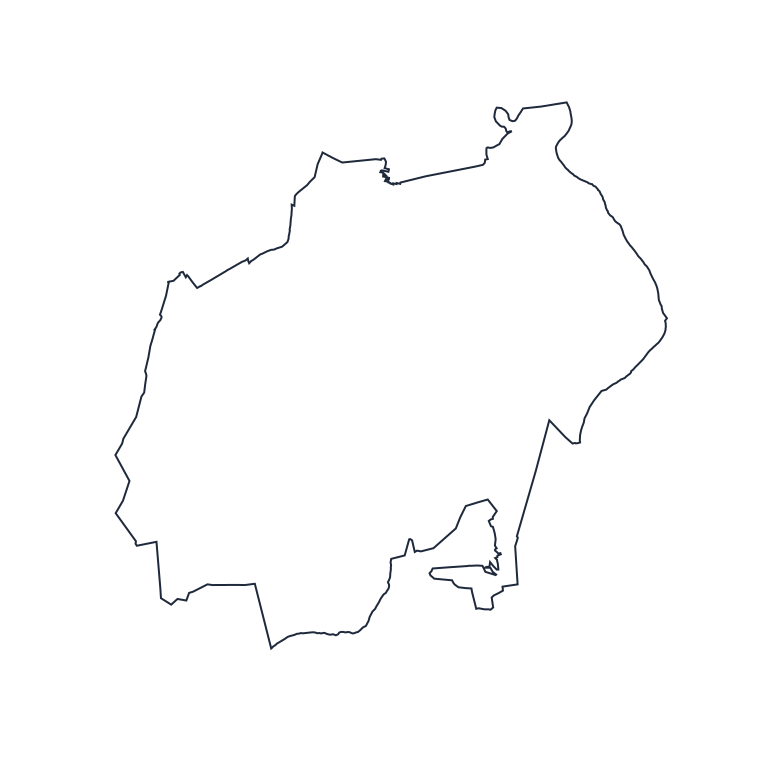 San Fernando, Chiapas, Mexico (Mercator projection), rotated 77°
{"feature_id": "50627088B48755105590570", "entity_name": "San Fernando", "entity_type": "district", "adm_level": 2, "iso_a3": "MEX", "parent_name": "Mexico", "parent_adm1": "Chiapas", "projection": "mercator", "projection_center": [-93.215, 16.914], "detail": "fine", "context": "isolated", "style": "outline", "palette": "slate", "viewbox_px": 768, "rotation_deg": 77, "n_neighbors": 0, "source": "geoboundaries", "source_scale": "gbopen_adm2", "svg_char_len": 6134}
<svg xmlns="http://www.w3.org/2000/svg" viewBox="0 0 768 768"><g transform="rotate(77 384 384)"><path d="M616.3,553.4L615.7,552.2L615.0,551.3L613.8,548.2L612.9,546.8L610.1,538.1L608.8,534.9L608.5,533.0L608.3,527.6L607.8,525.0L608.1,523.5L608.0,520.9L608.7,519.1L609.8,509.6L610.6,507.0L611.8,505.2L612.1,503.0L612.9,501.4L612.9,499.0L613.2,497.8L614.6,496.0L615.7,494.0L616.3,492.3L616.3,490.1L618.0,487.4L617.5,484.9L616.2,483.7L615.9,481.8L616.4,479.5L617.4,477.3L617.5,475.2L617.9,473.7L620.0,470.7L620.1,469.0L619.8,467.3L619.7,464.9L618.4,462.4L616.4,459.2L615.7,456.1L611.3,452.3L607.8,450.4L603.1,446.4L601.1,443.2L598.9,441.4L595.5,438.0L592.6,435.7L589.0,431.8L587.9,429.1L586.3,427.7L584.5,425.7L582.2,424.5L580.3,424.2L579.1,424.6L577.9,424.7L576.3,423.3L574.1,421.8L572.3,421.1L570.6,420.7L565.9,418.9L564.7,418.8L562.4,417.9L559.2,417.7L556.0,416.3L555.7,402.4L541.0,394.4L541.0,393.3L542.7,391.8L554.6,391.8L553.8,389.3L555.4,385.7L555.1,372.7L540.9,346.5L531.2,339.8L521.3,331.7L520.4,318.6L519.9,308.9L533.2,302.7L538.0,307.9L539.9,308.3L540.0,310.5L541.0,312.7L546.6,311.8L547.7,310.0L554.2,309.7L560.3,310.1L566.4,312.3L569.4,311.2L569.8,312.5L570.2,312.7L570.8,313.3L571.2,313.3L573.6,311.5L574.6,311.0L575.1,310.1L574.9,308.7L575.0,308.6L575.5,308.7L576.2,308.5L576.8,312.1L578.2,312.5L578.6,314.8L580.8,313.4L582.1,313.6L584.5,313.5L590.5,314.3L590.2,315.9L586.3,318.3L581.4,320.7L585.3,322.2L585.8,323.1L585.3,324.8L585.6,327.2L587.0,321.7L591.6,320.3L594.9,317.6L595.3,318.2L589.8,327.5L586.3,328.2L583.3,329.0L581.8,334.1L580.7,340.2L580.2,341.9L580.2,343.3L577.3,361.3L574.7,378.1L577.1,379.9L578.6,382.2L580.9,381.8L585.0,378.8L590.6,361.8L593.5,361.1L595.3,360.2L598.8,357.2L601.3,350.2L602.9,344.8L606.5,345.0L623.8,344.7L623.8,342.2L626.2,336.7L627.0,333.0L627.9,331.0L626.3,327.9L616.2,327.1L614.6,324.2L613.6,319.7L612.1,314.6L608.1,314.1L609.3,298.9L571.6,292.7L565.2,288.9L563.7,288.2L562.3,288.8L503.1,255.8L456.5,231.1L476.5,219.3L484.4,213.7L484.4,211.2L485.0,210.5L485.2,208.9L485.1,206.1L482.9,205.9L477.8,204.4L472.9,202.1L469.9,200.3L466.5,198.0L462.5,196.3L458.5,192.8L452.7,188.8L447.1,182.9L439.7,173.6L439.5,168.7L438.3,166.5L436.1,161.5L435.7,160.2L435.3,157.9L434.9,156.7L434.0,154.9L433.7,153.8L432.9,152.2L432.4,148.5L432.3,148.0L431.1,146.1L429.2,141.8L428.2,140.7L427.1,140.3L426.8,139.7L426.1,138.1L423.9,135.1L422.8,133.2L418.2,126.0L412.6,119.5L410.8,116.9L410.2,115.6L408.3,112.5L407.6,111.0L406.8,109.8L405.7,107.6L404.6,106.1L401.1,102.2L397.9,99.4L395.0,97.7L391.5,96.5L388.4,95.9L385.6,95.9L383.6,93.5L377.5,96.1L373.4,96.3L370.4,96.0L368.7,96.6L363.8,97.3L357.6,96.4L352.5,96.2L348.9,96.5L347.7,96.8L346.5,96.9L341.6,98.3L336.3,99.5L332.9,99.9L328.7,101.4L327.6,102.0L326.5,102.9L325.4,103.3L323.2,104.0L321.7,104.8L321.0,105.0L318.8,106.1L318.2,106.6L316.4,107.6L314.6,108.2L310.9,109.7L305.5,112.3L304.9,112.8L299.7,115.0L296.7,115.9L292.5,116.9L288.3,117.1L283.2,117.8L282.4,118.2L281.4,118.6L279.9,120.1L277.5,122.1L275.0,123.0L273.4,123.4L272.4,123.9L271.4,125.0L270.2,125.9L267.6,127.1L265.7,127.1L264.8,127.6L262.3,128.1L261.0,128.1L260.1,127.9L258.6,128.1L256.2,128.1L255.1,128.4L254.5,128.7L253.1,129.0L251.8,128.9L250.2,129.1L247.7,130.1L244.8,130.6L243.6,131.3L243.2,131.8L242.2,131.9L241.1,132.6L240.1,133.0L239.0,133.8L238.2,135.0L237.3,135.7L236.2,136.2L236.2,136.4L234.5,139.4L233.3,140.3L228.8,146.6L227.8,147.7L226.3,149.0L225.6,149.5L223.8,151.7L222.0,152.7L220.6,154.1L218.0,156.0L217.3,156.4L217.0,156.4L215.3,157.8L213.5,158.8L211.5,159.5L211.0,159.8L207.2,161.5L205.3,162.6L202.9,163.4L198.9,163.8L196.3,163.8L192.8,163.5L191.4,163.0L188.6,160.6L186.8,158.7L186.0,157.6L185.4,156.4L184.4,154.9L183.1,152.3L181.3,150.0L178.9,147.2L173.6,143.2L171.9,142.5L170.2,141.9L167.2,141.5L162.2,141.3L160.4,141.1L156.1,141.4L150.7,142.7L149.0,168.7L146.8,186.6L150.5,190.3L152.6,192.7L155.1,194.7L157.0,197.1L156.8,199.8L154.9,202.3L152.2,202.6L149.1,202.3L145.1,204.1L141.5,207.6L140.1,212.0L142.4,213.9L145.4,215.3L148.7,216.5L153.3,215.9L156.2,214.1L158.3,212.9L159.7,211.4L160.3,209.2L161.6,208.4L162.7,207.9L164.7,208.0L166.1,207.5L166.5,206.2L166.1,204.5L166.5,202.6L167.7,207.1L171.8,213.5L176.3,217.7L176.4,218.5L178.1,224.3L177.9,227.3L177.4,228.4L176.8,229.9L177.1,230.9L178.2,231.4L183.4,232.6L188.2,232.3L188.1,234.9L191.2,236.1L192.7,238.3L192.7,246.0L191.0,296.5L191.4,322.6L192.6,323.2L191.0,326.5L192.0,326.8L190.6,329.9L191.7,330.1L190.1,332.7L189.6,332.6L188.7,334.3L188.1,334.1L186.5,337.4L184.8,336.0L186.1,333.6L185.8,333.3L184.3,332.7L183.1,334.9L181.6,338.2L180.0,337.7L180.7,335.6L177.9,337.3L177.3,338.7L177.0,339.2L176.8,339.9L175.6,339.2L175.3,338.3L175.8,336.9L178.2,332.0L175.9,330.9L173.8,334.8L171.1,333.2L169.1,332.4L167.6,332.1L164.3,332.9L163.9,335.8L164.9,336.5L163.1,341.4L158.8,374.9L152.0,383.3L144.6,391.8L145.8,392.5L154.9,399.2L166.9,405.1L170.1,410.4L173.0,414.3L177.5,423.6L178.8,425.9L180.4,428.2L181.5,428.8L190.2,431.3L188.5,433.6L192.8,434.4L196.1,435.5L198.4,436.1L202.4,437.7L208.5,439.6L212.5,441.3L213.3,441.2L217.2,442.9L218.3,443.5L221.2,444.4L224.0,446.2L226.3,450.5L227.3,452.5L227.7,457.7L228.3,460.9L227.9,463.9L228.0,464.5L228.3,467.4L229.7,473.5L229.9,475.4L233.4,482.9L234.4,485.9L236.0,488.2L233.6,488.6L231.1,488.5L232.5,491.2L233.0,494.8L237.2,508.6L237.8,511.1L238.3,512.1L244.0,529.9L246.4,538.0L247.5,540.5L247.3,540.9L248.4,544.5L241.7,547.7L235.1,550.5L233.6,551.4L235.4,553.1L229.5,554.8L229.6,557.3L230.5,558.6L231.8,558.5L236.1,565.9L235.9,571.3L236.1,571.4L236.4,570.8L248.9,576.5L261.4,583.8L266.1,586.7L267.5,585.8L268.2,585.7L269.2,585.8L271.3,587.4L273.6,590.6L277.3,593.0L279.3,595.2L279.5,594.8L281.6,596.0L288.5,599.7L294.4,603.1L304.9,607.5L314.6,612.3L317.5,613.8L318.1,613.9L320.2,613.6L322.6,613.6L330.7,616.8L338.4,619.6L341.7,623.2L360.4,632.9L378.6,650.2L383.2,652.6L392.8,661.7L421.2,653.8L439.0,664.6L449.5,674.5L481.4,661.1L483.8,662.0L486.0,661.2L486.6,641.2L532.8,647.9L542.5,649.5L551.1,641.0L547.0,633.6L550.5,625.3L543.7,620.9L543.4,616.7L539.5,601.1L541.3,596.4L546.7,572.4L548.6,564.8L549.6,554.8L616.3,553.4Z" fill="none" stroke="#1e293b" stroke-width="2"/></g></svg>